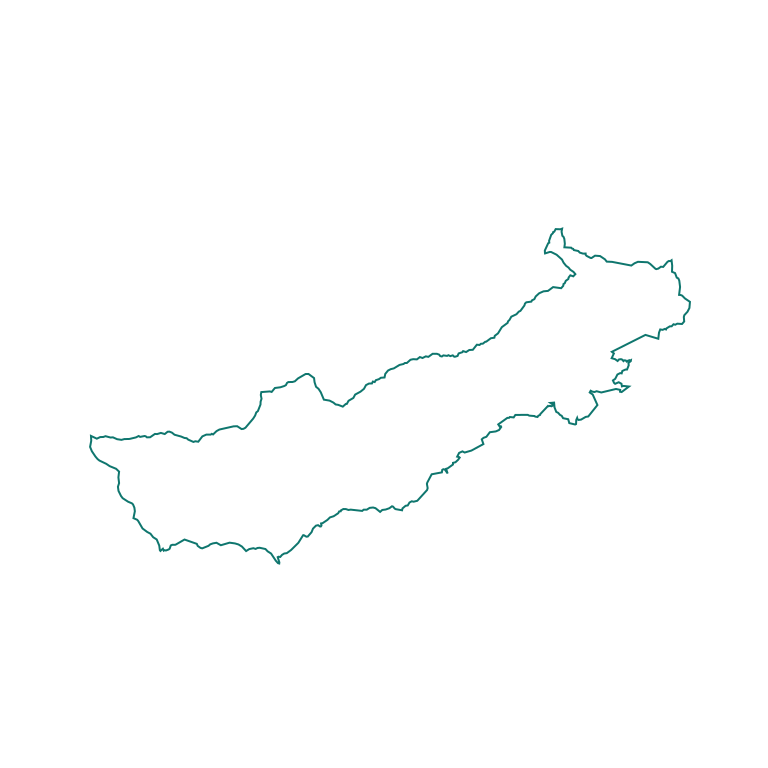 Izvoarele, Prahova, Romania (Mercator projection), rotated 304°
{"feature_id": "2599482B60972398280668", "entity_name": "Izvoarele", "entity_type": "district", "adm_level": 2, "iso_a3": "ROU", "parent_name": "Romania", "parent_adm1": "Prahova", "projection": "mercator", "projection_center": [25.925, 45.31], "detail": "fine", "context": "isolated", "style": "outline", "palette": "teal", "viewbox_px": 768, "rotation_deg": 304, "n_neighbors": 0, "source": "geoboundaries", "source_scale": "gbopen_adm2", "svg_char_len": 6166}
<svg xmlns="http://www.w3.org/2000/svg" viewBox="0 0 768 768"><g transform="rotate(304 384 384)"><path d="M623.2,591.7L623.2,585.7L624.0,581.8L623.7,580.3L622.9,578.8L630.0,575.2L634.8,571.0L636.1,569.0L635.9,567.2L638.7,563.3L638.1,560.0L643.2,556.8L647.4,553.2L646.0,552.7L645.3,551.4L643.8,550.7L637.2,550.0L636.1,548.0L633.1,546.9L631.5,545.5L631.3,544.7L632.4,537.6L632.4,534.6L627.3,526.2L624.2,524.2L620.5,522.8L612.8,504.8L610.0,500.2L610.9,497.5L610.9,491.6L608.4,487.2L604.5,485.6L604.0,484.7L603.5,480.3L603.9,478.9L604.9,478.2L603.4,476.1L602.4,472.8L602.9,470.7L601.2,466.5L601.8,465.3L601.4,463.9L601.7,463.0L598.2,457.1L601.4,455.5L605.2,452.3L606.4,450.5L606.6,449.0L609.5,446.1L612.4,444.8L610.9,443.7L608.4,439.7L605.4,440.0L604.6,439.3L603.4,439.7L601.2,439.2L595.0,440.8L593.6,442.0L592.5,441.4L584.6,442.7L582.6,444.2L582.3,444.5L586.2,447.6L586.9,448.8L587.7,454.8L586.7,462.0L585.0,465.0L583.8,468.9L583.7,471.9L582.9,474.5L582.9,478.4L582.1,481.2L579.1,480.7L578.3,477.7L575.6,477.5L574.1,478.1L571.2,477.0L568.6,477.5L567.3,476.9L565.6,477.7L562.5,477.3L558.9,470.0L552.9,467.9L550.0,464.4L546.0,461.9L541.4,460.8L538.4,461.2L536.1,459.9L534.7,460.1L531.3,456.3L529.5,455.9L527.6,456.5L520.9,456.2L519.4,455.3L515.9,454.8L511.0,451.9L507.3,452.2L505.3,451.8L503.8,452.3L497.0,449.9L489.7,450.2L485.9,448.9L484.1,449.6L481.7,447.0L476.3,445.1L475.6,444.3L472.7,443.4L471.5,441.8L469.8,441.4L468.5,439.0L462.0,438.5L459.9,435.7L456.4,434.2L455.5,431.2L454.2,431.2L451.1,428.8L448.4,429.3L446.5,427.8L445.9,427.0L446.2,425.0L444.2,423.4L443.9,421.3L442.6,420.6L440.9,417.2L439.2,416.6L438.6,415.0L439.2,413.3L438.6,410.9L436.2,407.4L431.3,405.6L430.3,403.2L427.1,401.4L426.4,398.7L422.8,397.5L420.9,394.3L418.9,392.4L414.2,391.2L413.0,389.5L411.5,389.0L408.5,386.2L402.4,383.4L400.1,381.3L397.4,379.8L393.1,379.4L389.7,380.8L387.4,377.9L385.2,377.1L382.6,375.1L380.4,375.2L379.8,373.4L377.7,373.7L376.0,371.3L373.0,369.7L368.8,370.1L364.5,368.8L359.1,366.0L355.3,366.4L350.3,364.0L346.7,364.3L346.1,363.5L342.2,362.5L341.1,357.7L340.0,355.3L340.3,352.5L339.8,348.2L337.4,342.9L341.8,336.2L343.4,332.4L343.7,329.2L346.7,325.4L349.8,322.7L350.1,315.8L348.4,313.4L340.6,309.6L336.4,308.6L334.5,307.0L332.1,303.6L330.6,303.0L328.2,303.3L326.5,302.4L323.3,299.9L319.7,295.8L314.6,295.3L314.0,293.5L308.7,286.8L306.0,288.0L303.3,290.7L300.3,291.6L297.9,293.1L291.0,294.6L289.0,294.0L285.8,294.8L282.2,294.9L270.3,293.6L268.3,292.6L267.0,291.1L266.9,285.9L264.8,283.0L254.2,273.0L251.3,271.5L246.6,270.5L246.4,269.1L245.1,268.6L242.7,265.0L239.0,262.7L232.3,262.3L231.0,259.6L229.4,258.4L228.4,252.8L228.7,250.7L227.7,248.8L227.0,245.2L224.8,238.7L225.1,235.4L224.5,232.7L223.4,231.3L219.9,230.2L218.7,226.4L215.6,223.9L214.5,222.0L209.1,219.9L207.2,217.3L207.4,215.7L207.0,214.6L203.8,211.4L203.7,209.7L201.0,208.2L196.1,203.7L193.1,199.5L190.9,197.6L189.0,193.6L188.2,189.1L186.7,187.2L185.0,182.3L183.1,180.9L181.3,178.4L178.1,176.5L177.1,170.1L173.3,173.0L167.5,175.5L164.9,179.4L162.5,185.3L161.6,188.5L161.4,190.9L162.5,198.4L162.5,202.5L163.9,209.3L163.2,213.4L158.1,216.0L153.7,219.8L150.0,220.9L146.9,223.7L144.1,228.6L143.2,231.2L143.3,237.7L144.1,241.7L143.8,243.3L141.9,246.2L139.2,248.6L132.7,251.3L133.4,255.3L133.0,256.8L129.2,264.6L128.9,270.3L129.3,274.1L127.9,278.3L128.0,282.5L124.4,288.0L120.9,291.1L120.6,292.0L123.8,292.8L122.7,294.6L123.5,294.9L124.0,296.3L126.4,298.0L127.6,298.4L130.9,297.5L132.3,298.4L134.1,301.0L143.5,305.6L146.8,318.2L145.6,320.1L145.5,323.5L146.1,325.2L151.7,329.0L153.9,329.6L156.2,331.3L158.7,333.9L159.1,338.9L166.1,344.7L168.5,349.6L169.6,353.1L169.8,357.1L168.4,363.1L171.8,364.6L174.8,367.5L175.5,369.8L177.3,370.8L178.7,372.5L180.9,378.0L180.2,381.1L180.3,385.2L177.0,393.1L176.2,396.3L176.6,397.5L177.6,397.0L181.0,392.7L181.8,393.1L182.6,394.7L185.3,395.0L187.7,396.1L189.4,398.0L194.4,399.8L204.4,401.8L213.4,401.5L213.8,402.0L214.0,405.0L214.9,406.1L220.6,406.8L224.4,406.0L228.5,406.8L230.1,408.3L230.1,410.6L230.6,411.3L231.7,411.3L233.2,409.8L234.3,410.9L239.7,413.1L243.2,413.8L246.2,416.2L251.3,418.3L253.3,418.1L254.3,419.3L255.2,419.0L257.6,420.2L259.0,422.4L259.7,425.0L261.2,426.6L266.6,436.9L268.4,437.4L270.2,440.0L273.3,441.4L275.5,444.0L276.3,446.4L275.8,452.3L278.6,453.0L280.9,455.6L284.0,457.9L287.1,459.0L287.4,460.1L286.7,462.6L286.8,463.7L289.4,469.6L291.2,468.9L295.1,470.0L296.6,471.6L300.0,471.4L302.3,472.6L303.0,474.4L305.8,476.9L320.2,479.0L322.1,478.4L325.2,475.4L326.5,475.0L335.8,474.0L343.1,481.4L345.4,480.3L346.5,480.8L347.1,482.3L345.4,486.8L348.4,482.9L349.8,484.0L355.8,486.2L357.2,485.3L359.1,487.0L362.5,487.8L365.3,487.9L365.4,487.1L364.7,485.3L368.9,484.8L372.0,486.7L372.3,489.2L377.7,493.7L389.8,500.0L392.8,496.0L395.0,496.6L397.5,498.4L403.2,498.7L407.2,503.2L410.2,505.1L413.9,505.2L414.3,504.4L413.3,503.9L414.4,501.3L424.9,505.2L425.9,506.6L427.0,506.8L428.8,510.2L431.8,510.2L438.8,520.4L439.0,522.1L441.6,526.7L441.5,527.5L442.5,529.7L444.0,529.7L445.7,530.7L446.5,530.4L457.4,532.2L457.3,532.6L458.7,533.8L459.1,535.2L460.6,536.1L461.2,535.9L460.8,535.6L461.4,534.9L461.4,532.6L463.7,535.4L460.0,538.4L457.2,542.4L457.5,544.5L456.8,547.2L457.0,549.1L455.8,551.6L457.8,556.4L455.2,559.5L457.3,565.1L458.2,565.6L461.7,563.5L463.9,563.1L463.0,564.2L463.0,565.4L464.7,567.3L469.5,569.6L471.3,571.5L485.9,572.7L492.0,562.9L492.0,559.3L494.0,559.1L494.2,561.1L495.1,563.0L496.9,564.3L498.5,568.9L509.6,579.1L511.2,583.1L509.6,584.0L510.2,585.5L518.9,588.5L516.3,583.6L515.1,582.6L517.0,580.7L516.7,577.6L513.4,575.5L513.6,574.0L515.0,571.8L517.6,572.8L522.4,572.2L525.1,573.7L525.7,575.1L528.1,574.3L531.0,576.1L531.9,577.4L536.4,576.4L538.1,574.9L541.0,575.8L541.8,575.4L541.0,575.0L541.1,574.3L539.9,573.3L538.3,572.7L538.7,571.3L537.9,569.8L536.9,569.7L537.4,567.5L537.1,566.6L535.8,565.1L533.7,564.8L533.8,561.7L532.7,558.3L537.9,557.5L538.1,554.9L570.9,573.3L574.9,586.1L580.3,583.3L583.7,582.5L584.7,584.7L586.7,586.0L586.9,587.3L588.1,587.1L591.6,588.7L592.7,590.2L595.4,590.6L596.0,592.3L598.0,593.4L600.4,597.5L603.7,597.9L607.2,595.1L609.0,594.5L613.6,595.2L617.8,594.7L623.2,591.7Z" fill="none" stroke="#0f766e" stroke-width="2"/></g></svg>